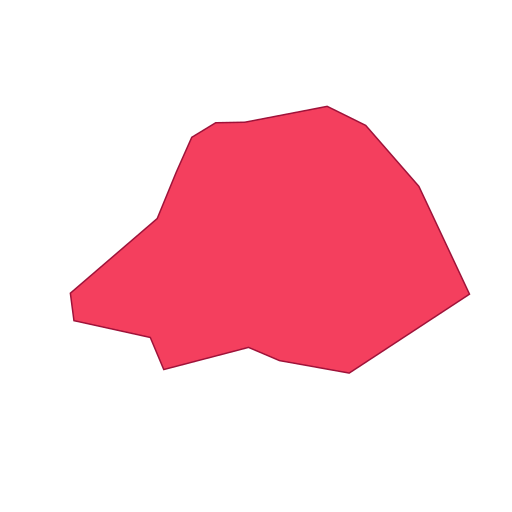 outline of Andijan city, Andijon, Uzbekistan, rotated 253°
{"feature_id": "79887680B95216524949975", "entity_name": "Andijan city", "entity_type": "district", "adm_level": 2, "iso_a3": "UZB", "parent_name": "Uzbekistan", "parent_adm1": "Andijon", "projection": "mercator", "projection_center": [72.327, 40.808], "detail": "fine", "context": "isolated", "style": "filled", "palette": "rose", "viewbox_px": 512, "rotation_deg": 253, "n_neighbors": 0, "source": "geoboundaries", "source_scale": "gbopen_adm2", "svg_char_len": 373}
<svg xmlns="http://www.w3.org/2000/svg" viewBox="0 0 512 512"><g transform="rotate(253 256 256)"><path d="M174.4,134.6L170.8,222.1L149.1,247.9L116.8,310.9L157.1,449.0L275.0,432.1L348.8,399.1L378.3,367.8L387.2,284.4L395.2,256.4L388.3,229.3L359.5,204.3L320.7,172.5L274.7,67.6L247.4,63.0L209.0,131.1L174.4,134.6Z" fill="#f43f5e" stroke="#9f1239" stroke-width="1.5"/></g></svg>